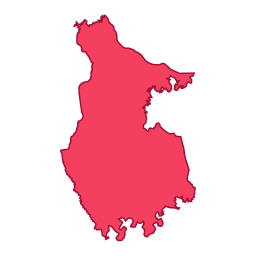 Na Wa, Nakhon Phanom, Thailand
{"feature_id": "78962969B93773491047037", "entity_name": "Na Wa", "entity_type": "district", "adm_level": 2, "iso_a3": "THA", "parent_name": "Thailand", "parent_adm1": "Nakhon Phanom", "projection": "robinson", "projection_center": [104.093, 17.513], "detail": "fine", "context": "isolated", "style": "filled", "palette": "rose", "viewbox_px": 256, "rotation_deg": 0, "n_neighbors": 0, "source": "geoboundaries", "source_scale": "gbopen_adm2", "svg_char_len": 5769}
<svg xmlns="http://www.w3.org/2000/svg" viewBox="0 0 256 256"><path d="M65.3,169.8L65.8,171.7L67.0,172.6L66.7,174.1L67.0,174.6L68.8,175.2L68.8,176.2L69.8,176.4L69.6,176.7L70.2,177.8L71.8,178.5L71.3,179.8L72.4,180.2L72.2,180.9L73.8,181.5L74.0,182.0L73.6,182.2L74.4,182.5L74.5,183.8L74.9,183.6L75.3,184.6L74.2,185.0L74.8,187.1L73.7,189.7L74.3,189.9L74.0,190.6L74.9,190.6L75.7,191.9L76.6,191.6L77.0,192.7L78.2,193.3L79.0,194.3L78.5,195.1L80.3,195.8L80.7,197.0L79.6,198.1L80.9,199.4L80.3,200.2L81.0,200.2L81.6,201.2L80.4,201.8L81.1,202.7L80.7,202.9L80.8,203.8L82.2,204.8L82.4,205.9L83.4,206.0L83.8,206.8L83.2,207.6L84.2,207.8L84.6,209.3L85.8,209.1L86.7,211.8L87.2,211.6L87.4,212.3L88.3,212.7L88.1,214.0L90.3,214.8L89.9,216.0L91.1,218.0L91.3,219.2L92.5,220.1L92.9,221.4L94.4,221.8L95.8,223.9L96.0,224.6L94.4,228.0L94.5,228.8L95.8,228.6L97.0,229.9L100.9,229.3L101.8,231.3L102.3,235.3L105.2,237.0L105.9,239.4L108.8,237.8L108.6,237.1L106.7,237.2L106.1,236.2L106.8,232.9L109.1,230.8L108.6,225.9L109.0,225.5L111.9,226.8L115.5,231.4L118.7,233.2L118.6,234.5L116.1,237.9L116.9,239.7L118.5,240.6L120.6,240.6L122.2,240.0L123.1,238.1L123.8,238.2L125.0,234.8L124.8,231.2L126.3,229.4L126.2,228.3L124.1,226.5L122.7,227.5L121.3,229.9L119.3,228.8L119.8,226.9L122.2,223.2L122.3,222.0L122.0,221.3L120.1,220.9L118.6,218.8L120.6,218.7L122.1,217.4L124.4,218.9L125.6,220.9L128.5,218.1L130.3,218.1L132.2,218.9L133.0,220.9L132.9,222.3L130.6,226.1L130.8,226.8L131.7,227.1L135.3,226.9L137.5,221.7L138.3,222.8L139.9,223.3L142.0,222.7L142.5,221.3L143.3,221.2L143.8,222.1L143.8,223.6L142.2,227.2L144.4,229.6L144.6,232.2L144.0,234.5L145.0,236.1L147.1,236.8L150.1,234.0L153.5,233.0L155.5,228.9L154.7,226.9L152.8,225.2L154.0,223.4L156.9,222.5L157.8,223.2L158.0,225.6L160.6,226.3L161.9,225.9L162.9,224.1L162.9,222.4L160.9,218.5L158.3,219.9L157.6,219.7L157.5,218.4L156.4,218.4L155.2,215.5L156.4,212.7L157.5,212.1L158.4,212.6L159.3,216.0L161.3,215.8L163.6,214.4L163.8,213.9L163.1,213.3L161.3,213.0L163.1,211.6L162.0,211.0L162.8,208.9L165.7,206.4L170.3,207.7L174.9,207.9L178.7,209.3L179.2,207.7L176.6,207.8L176.1,206.4L174.7,205.7L176.3,203.8L174.5,200.9L175.9,199.9L175.8,199.1L174.7,198.7L176.1,196.4L179.4,198.0L182.2,196.5L182.5,198.6L181.6,198.8L183.4,199.9L183.6,200.6L183.1,200.3L182.8,201.4L183.9,201.9L185.1,202.2L184.8,201.7L186.3,200.9L187.1,198.3L187.8,198.6L187.4,199.9L188.2,200.5L188.2,201.7L189.1,200.7L190.2,201.5L191.7,201.4L191.0,198.8L191.5,199.4L192.7,199.2L192.3,198.3L194.3,197.1L193.8,194.5L194.8,193.7L194.5,191.8L195.2,188.4L194.7,187.3L193.0,187.4L192.0,184.2L191.1,184.1L190.2,183.2L190.1,182.3L188.1,181.2L187.3,179.9L187.3,177.2L189.0,169.9L185.1,157.5L183.8,148.9L180.7,136.7L176.8,136.5L174.8,135.0L174.5,133.9L173.7,133.3L169.8,133.9L168.4,133.2L164.6,130.7L160.0,126.4L159.8,124.3L158.1,122.9L156.8,123.4L156.5,124.5L155.7,125.5L155.5,125.3L155.1,127.1L154.1,128.2L153.8,127.9L153.5,128.8L152.8,129.0L150.3,128.0L149.1,128.7L148.5,130.8L147.2,131.2L145.6,129.2L143.3,127.8L143.6,124.8L146.0,122.5L145.9,120.8L146.6,118.9L145.6,113.9L144.7,112.4L145.5,112.0L146.9,112.9L147.1,112.1L145.0,110.8L144.7,109.3L142.9,108.1L142.8,107.2L143.5,106.9L145.0,107.6L145.0,105.6L145.7,104.9L148.0,105.6L148.1,104.8L147.2,103.7L147.5,103.0L149.7,104.3L150.1,104.0L150.0,103.1L148.7,102.9L146.4,100.9L147.6,100.4L148.8,101.4L149.8,101.3L150.2,99.2L148.7,98.5L148.5,97.5L151.8,97.3L149.7,93.1L150.4,90.5L149.7,90.1L148.4,91.7L147.4,91.4L147.0,90.7L149.9,87.8L150.5,88.2L150.2,89.3L151.1,89.5L152.2,87.9L152.5,85.9L153.0,86.1L153.3,87.8L153.9,87.6L154.5,86.1L155.2,86.1L155.4,86.9L154.6,89.5L155.9,89.9L156.7,91.4L159.2,91.5L159.6,92.6L160.8,92.4L160.4,90.5L161.4,90.7L162.0,91.7L162.7,90.9L160.7,89.5L162.1,87.1L163.3,88.0L163.5,89.5L165.9,88.3L166.3,90.0L167.4,90.0L167.9,91.6L169.0,92.0L171.1,90.0L171.5,86.7L170.7,84.3L169.1,82.7L169.1,81.1L170.1,79.7L167.3,79.2L166.9,78.7L169.6,77.7L170.7,75.9L174.9,78.2L176.8,81.0L179.1,80.7L178.7,81.4L176.7,82.0L177.8,84.1L177.6,84.7L177.0,84.9L175.6,84.1L174.5,85.8L175.2,87.3L174.4,88.0L174.4,89.2L175.8,90.4L176.7,90.4L177.6,89.8L179.9,85.8L183.2,85.9L183.1,86.5L180.8,87.5L181.4,88.4L182.4,88.3L184.5,87.6L186.6,85.8L186.6,84.0L188.2,81.8L191.0,83.3L191.6,81.9L191.6,79.6L189.9,77.7L189.8,77.0L193.2,75.8L194.1,73.1L179.4,73.4L171.0,69.5L164.4,63.7L162.6,63.4L159.4,64.8L154.3,64.7L151.4,64.0L146.7,61.7L144.9,60.0L141.6,55.3L137.3,52.1L136.0,52.0L133.5,49.8L128.9,48.2L125.7,48.2L123.1,47.4L117.5,41.5L116.9,39.7L116.7,34.8L115.5,31.4L113.9,29.7L113.8,27.0L112.1,24.8L111.2,24.6L110.2,23.1L109.1,22.3L107.7,18.3L105.0,15.4L104.6,15.5L104.1,17.6L102.8,17.1L102.8,15.7L101.9,16.1L102.2,18.2L101.0,17.4L101.0,19.2L102.1,19.6L101.8,21.6L100.9,20.6L100.6,21.8L100.0,21.9L99.5,20.4L98.3,20.2L98.9,21.8L97.0,22.2L96.1,21.8L94.0,23.8L93.1,22.6L91.9,24.8L89.5,24.9L89.0,26.5L86.3,23.8L86.8,21.3L84.8,19.8L84.2,21.0L83.6,20.9L82.8,23.2L82.2,23.4L81.6,22.7L81.1,23.5L82.9,24.3L81.4,24.4L80.4,25.5L80.0,24.3L78.3,24.2L76.4,22.1L76.2,24.7L74.9,24.7L74.2,26.2L77.6,25.2L78.8,26.8L77.7,27.4L80.0,28.8L79.8,29.3L79.3,29.1L79.3,29.9L78.7,30.2L79.0,32.7L78.1,32.4L77.1,34.6L76.9,42.6L77.6,43.8L81.1,46.2L81.9,51.1L82.9,51.8L85.3,51.6L89.6,58.1L91.1,61.8L91.9,62.6L92.6,62.5L92.6,63.2L93.1,63.4L92.1,64.6L91.8,67.5L92.3,69.7L91.8,70.3L91.9,71.6L91.3,71.8L91.5,72.1L91.0,72.7L91.2,75.4L90.6,78.9L89.6,79.5L89.4,80.6L87.4,81.7L84.2,82.2L81.7,83.4L79.9,85.3L79.0,87.2L79.1,92.6L80.6,104.3L82.0,113.2L83.2,115.4L83.0,116.9L82.0,119.5L79.5,121.1L78.5,121.1L78.7,122.0L77.7,122.6L78.0,125.8L76.7,128.4L76.8,129.3L75.4,132.9L74.2,133.4L72.9,135.9L71.2,136.7L70.6,138.9L70.9,141.5L69.3,144.8L69.3,147.1L68.3,149.1L60.8,150.3L60.9,151.9L61.9,153.3L62.6,159.6L63.0,161.5L63.5,161.7L63.2,162.8L65.6,168.0L65.3,169.8Z" fill="#f43f5e" stroke="#9f1239" stroke-width="1.5"/></svg>